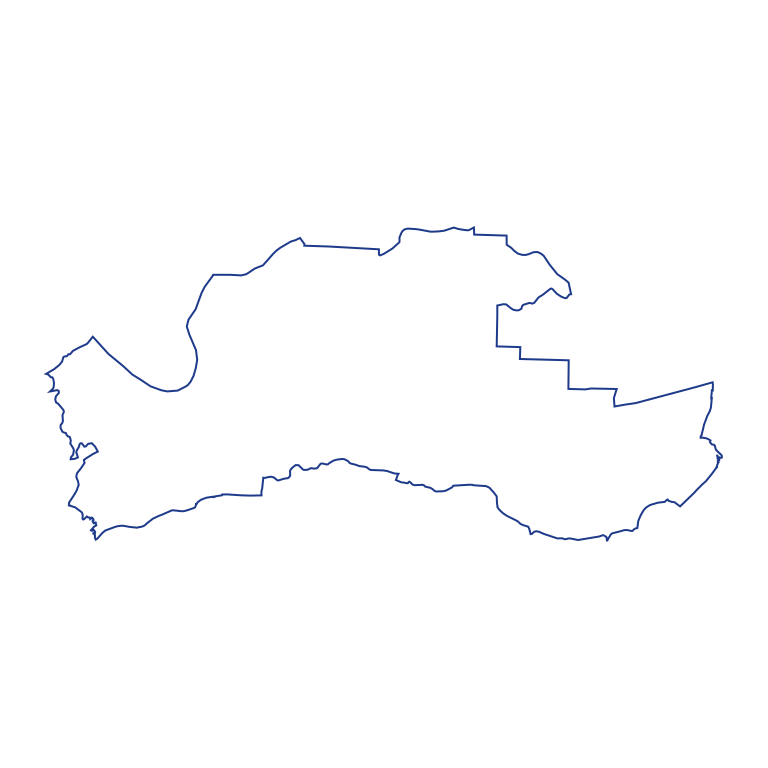 the district of Pardina, Tulcea, Romania
{"feature_id": "2599482B7661903107032", "entity_name": "Pardina", "entity_type": "district", "adm_level": 2, "iso_a3": "ROU", "parent_name": "Romania", "parent_adm1": "Tulcea", "projection": "mercator", "projection_center": [29.053, 45.284], "detail": "fine", "context": "isolated", "style": "outline", "palette": "blue", "viewbox_px": 768, "rotation_deg": 0, "n_neighbors": 0, "source": "geoboundaries", "source_scale": "gbopen_adm2", "svg_char_len": 5989}
<svg xmlns="http://www.w3.org/2000/svg" viewBox="0 0 768 768"><path d="M83.9,460.0L84.5,463.0L81.1,468.1L77.2,473.0L76.7,474.4L76.3,477.0L78.1,481.6L78.7,485.1L77.7,487.4L77.0,489.7L76.2,491.4L73.4,496.0L69.1,502.5L69.0,504.0L69.3,504.3L68.9,505.4L75.1,507.3L81.4,512.0L82.1,513.0L82.6,514.3L82.7,516.6L82.5,518.7L82.9,519.4L83.3,519.5L84.1,519.2L86.8,516.5L88.4,517.6L89.1,517.4L90.1,517.8L90.2,519.1L90.7,518.8L91.5,517.8L91.8,517.6L92.1,517.7L92.2,518.2L93.1,518.7L93.6,520.0L92.8,520.5L92.6,521.0L93.5,523.1L93.8,523.2L95.0,522.4L95.8,522.6L95.8,524.1L96.2,524.5L96.3,525.3L95.6,525.9L94.4,526.3L90.9,530.3L91.1,530.5L91.9,530.4L92.2,530.8L92.7,530.7L93.0,530.4L92.8,529.6L93.3,529.5L93.7,529.8L95.1,531.8L95.1,532.8L94.9,533.2L93.9,533.0L93.3,533.3L93.4,533.7L95.0,535.1L94.9,537.7L95.3,538.1L95.3,538.6L95.7,539.6L97.5,538.5L102.0,533.3L105.3,530.5L115.1,526.9L117.2,526.3L121.4,525.7L124.0,525.9L129.6,526.9L137.2,527.7L138.5,527.2L141.0,526.9L143.4,526.1L145.0,525.2L146.8,523.4L152.9,518.7L159.2,515.7L161.0,515.1L171.8,510.4L173.4,510.3L181.3,511.2L183.7,511.2L187.2,510.3L193.9,508.0L195.0,507.3L195.4,506.7L195.9,505.1L196.0,504.0L196.6,504.0L197.6,502.3L199.3,501.0L201.1,499.7L206.4,497.7L212.2,496.8L213.0,496.7L213.1,497.1L213.7,497.1L213.8,496.8L215.3,496.6L215.4,496.3L222.0,495.3L222.2,494.5L227.2,494.4L240.8,495.3L250.4,495.6L261.5,495.4L261.4,491.4L262.2,488.4L263.3,477.7L265.4,477.9L267.2,477.3L271.1,476.7L274.0,477.5L276.9,480.0L277.9,480.4L278.6,480.4L283.6,478.8L288.0,478.1L289.2,477.1L290.0,476.0L290.2,475.1L290.0,471.2L290.8,469.3L292.8,467.3L295.6,465.1L298.6,465.2L302.7,469.3L303.9,469.9L307.5,469.8L310.8,468.2L314.3,468.6L317.1,468.2L320.4,464.0L321.0,463.6L322.4,463.5L326.7,464.5L327.9,464.3L329.0,463.3L333.1,460.8L335.1,460.1L337.7,459.5L342.1,459.0L344.0,459.1L347.0,460.5L348.5,461.5L349.8,463.1L351.1,463.6L356.2,464.9L359.3,466.1L364.6,466.7L367.1,467.5L369.2,469.3L370.9,470.0L383.0,470.4L387.1,471.0L394.1,473.4L398.5,473.8L397.6,475.2L395.9,480.0L401.5,482.4L404.0,482.6L406.8,483.2L407.8,483.2L408.7,482.0L409.4,481.7L410.7,482.6L411.9,484.1L413.5,484.9L414.8,485.2L422.6,484.8L424.1,485.4L425.2,486.6L430.6,487.9L432.9,489.4L434.7,491.0L436.3,491.5L443.5,491.2L446.2,490.5L452.0,487.4L453.3,485.7L469.8,484.7L472.2,484.8L472.6,485.1L475.6,485.4L486.0,486.1L489.3,487.6L493.9,492.6L496.7,496.4L497.0,503.4L497.5,506.5L497.4,506.9L498.0,508.0L499.5,509.9L502.6,512.9L506.6,515.7L515.3,520.0L517.8,521.4L520.6,524.0L523.1,525.1L528.2,526.7L529.2,528.7L530.6,534.1L531.9,533.9L534.1,531.8L536.4,531.2L539.3,531.9L544.1,534.0L557.4,538.4L562.4,538.3L564.3,539.2L566.7,539.0L567.6,538.6L569.9,538.4L578.1,540.0L599.2,536.5L602.8,535.2L604.1,535.5L606.2,536.9L606.8,537.9L606.8,539.8L607.0,540.5L607.5,540.3L608.3,538.5L610.5,535.0L611.4,533.8L612.4,533.3L621.1,531.1L623.1,530.4L625.7,530.0L627.4,530.1L631.7,531.0L632.5,530.9L633.8,529.5L635.6,528.4L637.3,528.1L638.3,520.9L640.7,515.3L643.6,510.2L646.1,507.5L650.1,505.0L657.8,502.7L664.7,501.9L666.8,499.9L667.7,499.5L668.7,500.9L671.6,501.8L674.4,502.2L680.1,506.4L694.2,492.8L696.4,490.3L702.1,484.6L705.9,481.2L712.0,473.7L716.0,468.2L716.9,467.3L716.6,467.0L717.0,466.4L717.1,465.1L717.9,463.6L717.8,462.7L718.6,462.2L717.8,460.9L717.8,460.5L718.6,460.6L719.3,460.1L719.3,459.5L717.6,458.2L717.2,455.6L717.5,455.6L717.8,456.9L718.9,458.1L719.5,457.4L720.1,457.7L721.6,457.8L721.9,457.3L721.7,455.5L721.2,454.8L717.1,451.0L715.9,449.6L715.1,446.9L714.8,445.6L714.0,444.8L711.8,444.4L709.9,442.1L710.5,440.5L709.7,439.9L706.1,438.2L701.9,437.6L700.7,437.8L700.6,437.1L700.8,436.2L701.5,435.4L704.1,424.5L707.2,416.1L709.9,410.9L710.9,407.6L711.8,398.1L711.2,398.2L711.9,390.3L712.8,390.4L712.9,384.3L712.6,382.3L695.3,387.2L635.6,403.1L625.9,404.5L614.5,406.5L613.9,398.0L616.7,389.0L591.0,388.5L585.4,389.4L568.4,388.9L568.7,360.3L519.9,359.0L520.3,347.1L496.7,346.4L497.3,315.6L497.3,305.5L503.4,304.2L506.2,304.4L511.0,308.3L513.2,309.7L515.7,310.3L518.6,310.3L521.2,308.9L521.7,307.9L522.0,306.3L523.2,304.9L529.4,302.9L532.4,303.6L534.3,302.8L537.9,298.2L539.1,297.0L542.2,295.2L550.5,288.7L551.7,288.6L552.8,289.4L556.6,293.5L559.4,295.5L561.8,296.9L564.6,298.0L565.6,298.2L566.7,297.9L569.2,294.7L570.3,294.2L571.1,294.2L568.6,282.7L565.0,279.6L557.2,274.1L549.5,264.5L543.7,255.8L541.1,253.7L537.5,252.0L533.5,252.2L528.3,254.3L525.3,255.0L522.0,254.8L517.9,253.6L514.6,251.2L511.2,247.8L506.7,244.7L506.6,235.6L474.2,234.6L473.9,227.5L469.0,230.1L467.8,230.3L464.5,230.0L458.4,229.0L453.8,227.6L444.2,230.7L438.8,231.4L434.3,231.6L430.6,231.7L419.5,229.6L415.7,229.1L408.1,228.6L406.3,228.9L404.0,229.7L402.7,231.0L401.6,232.4L399.5,237.4L399.5,241.9L399.0,242.6L392.3,248.6L384.1,253.7L380.2,255.4L379.0,254.7L378.9,249.3L328.6,246.5L304.3,245.7L304.4,244.0L300.0,238.0L295.6,240.1L290.7,241.6L280.2,247.8L276.2,250.8L272.9,254.1L263.0,265.3L254.9,268.5L246.3,274.2L241.1,275.4L230.3,274.8L213.1,274.8L212.4,276.3L204.7,286.8L201.5,293.1L195.6,309.3L188.5,319.6L186.8,326.5L189.3,334.5L196.0,350.1L197.2,359.8L195.8,368.0L193.6,375.7L190.6,381.7L187.6,385.3L185.1,386.8L177.7,390.6L167.3,391.4L161.5,390.3L150.5,386.3L140.8,379.8L132.4,374.6L123.4,366.3L108.4,353.9L92.8,336.7L87.7,343.1L86.6,344.1L79.2,347.5L72.9,350.9L70.1,354.2L68.3,354.3L66.9,356.2L64.4,356.5L63.4,357.1L62.1,361.5L59.4,364.9L54.2,369.1L46.1,373.9L48.2,374.5L50.8,377.2L52.4,377.4L53.3,379.1L54.0,383.1L53.7,386.7L53.2,388.4L50.0,391.5L57.3,390.1L58.8,391.1L58.8,393.0L56.1,396.1L55.5,397.8L55.3,399.9L56.1,402.5L58.1,403.7L59.2,404.9L63.5,410.1L63.9,411.9L62.5,415.0L62.9,421.0L62.4,422.8L60.7,424.9L60.5,427.7L62.3,431.6L63.5,432.3L66.0,433.2L66.6,435.0L68.1,436.5L69.6,436.8L70.1,437.8L70.8,440.6L70.3,443.5L73.3,448.4L73.9,450.3L73.1,454.7L71.0,457.3L70.7,459.3L75.1,458.7L77.9,457.4L76.3,452.3L76.7,450.6L78.8,447.1L79.6,444.2L80.5,443.3L81.8,443.3L84.4,446.7L85.8,446.3L88.2,443.8L91.8,443.2L95.2,446.7L97.8,451.6L92.8,454.1L86.0,458.4L83.9,460.0Z" fill="none" stroke="#1e3a8a" stroke-width="2"/></svg>